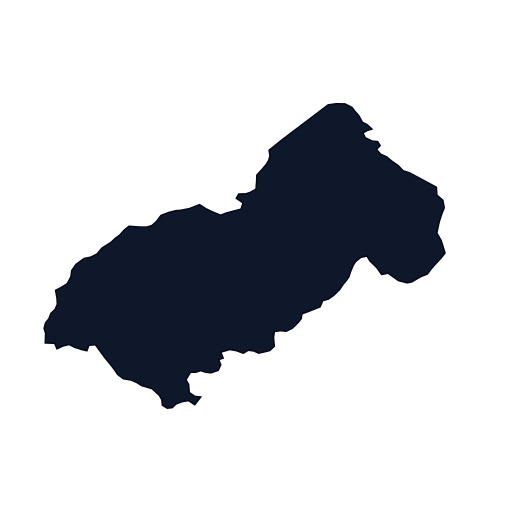 Guamiranga, Paraná, Brazil, rotated 290°
{"feature_id": "56859067B35247674818537", "entity_name": "Guamiranga", "entity_type": "district", "adm_level": 2, "iso_a3": "BRA", "parent_name": "Brazil", "parent_adm1": "Paraná", "projection": "orthographic", "projection_center": [-50.848, -25.173], "detail": "fine", "context": "isolated", "style": "filled", "palette": "ink", "viewbox_px": 512, "rotation_deg": 290, "n_neighbors": 0, "source": "geoboundaries", "source_scale": "gbopen_adm2", "svg_char_len": 2227}
<svg xmlns="http://www.w3.org/2000/svg" viewBox="0 0 512 512"><g transform="rotate(290 256 256)"><path d="M359.9,232.1L354.8,234.9L350.2,235.2L345.9,234.4L340.0,232.3L332.3,229.1L326.5,231.0L318.8,233.1L313.8,228.8L310.9,225.1L308.4,218.6L303.5,217.7L301.4,225.7L294.9,225.9L289.9,218.6L285.8,212.9L282.2,208.7L282.6,199.8L283.3,192.8L285.0,185.4L277.8,177.2L273.3,169.8L271.2,165.2L267.3,159.4L261.6,152.8L254.6,150.7L249.1,147.8L245.8,143.5L243.3,136.4L240.6,126.6L235.6,123.4L228.9,120.7L225.1,118.1L219.0,114.9L210.9,108.6L203.5,105.9L198.4,101.1L194.9,95.3L186.5,89.7L179.3,87.8L173.0,89.2L165.3,88.0L159.7,83.6L155.2,79.4L148.3,83.4L142.7,85.8L137.2,85.5L131.9,82.9L126.1,82.8L121.1,81.1L115.6,81.6L111.5,84.7L102.2,87.7L105.1,96.7L100.7,100.7L105.6,105.6L108.9,110.7L108.2,116.8L108.5,124.5L109.1,129.5L114.9,129.5L117.7,135.4L109.2,148.1L103.0,158.4L100.3,162.6L97.4,166.4L95.3,173.3L96.7,180.9L96.3,187.5L95.1,192.8L95.8,203.7L91.9,213.0L88.8,216.6L83.8,219.0L82.6,224.6L84.8,229.1L89.8,231.6L94.2,236.9L97.0,242.1L95.3,249.3L104.6,252.3L103.2,246.4L104.9,240.0L112.3,236.6L115.8,232.5L124.3,234.2L126.2,239.2L129.4,243.2L129.6,248.5L130.8,253.6L135.6,259.6L141.7,260.1L145.9,256.4L148.8,260.1L153.6,255.8L159.1,263.3L160.3,269.7L160.3,277.3L164.8,281.0L166.0,286.4L165.6,291.7L168.9,296.9L171.8,301.2L177.4,304.1L185.3,300.4L191.3,299.1L194.2,304.6L195.6,310.1L200.6,314.9L208.5,318.6L212.7,319.9L217.3,318.9L221.3,323.7L225.8,328.7L230.1,333.6L236.9,334.0L240.2,338.7L245.3,342.3L252.9,346.0L259.4,347.6L263.5,349.2L268.3,350.4L273.0,350.2L280.4,350.5L284.8,351.5L290.6,355.0L293.9,360.3L290.3,364.8L286.5,373.3L281.6,380.4L285.0,386.0L281.6,398.2L282.5,407.4L285.1,411.4L293.1,418.0L297.5,423.1L304.1,425.2L309.1,427.1L317.8,430.8L323.5,432.6L328.8,428.6L334.1,424.5L339.4,418.1L345.6,417.2L350.9,416.5L359.0,416.2L365.7,416.4L372.3,412.5L375.1,405.1L382.3,402.0L386.7,371.7L386.4,365.1L389.6,358.7L391.7,350.8L393.9,344.7L394.3,338.3L397.3,332.8L402.3,334.9L405.1,331.2L403.7,325.7L404.5,318.2L408.2,314.4L412.0,317.6L414.9,321.5L417.4,315.6L418.1,310.2L423.2,304.4L425.8,299.5L428.4,295.5L429.4,287.7L426.5,279.2L422.7,272.1L375.0,241.3L359.9,232.1Z" fill="#0f172a" stroke="#020617" stroke-width="1.5"/></g></svg>